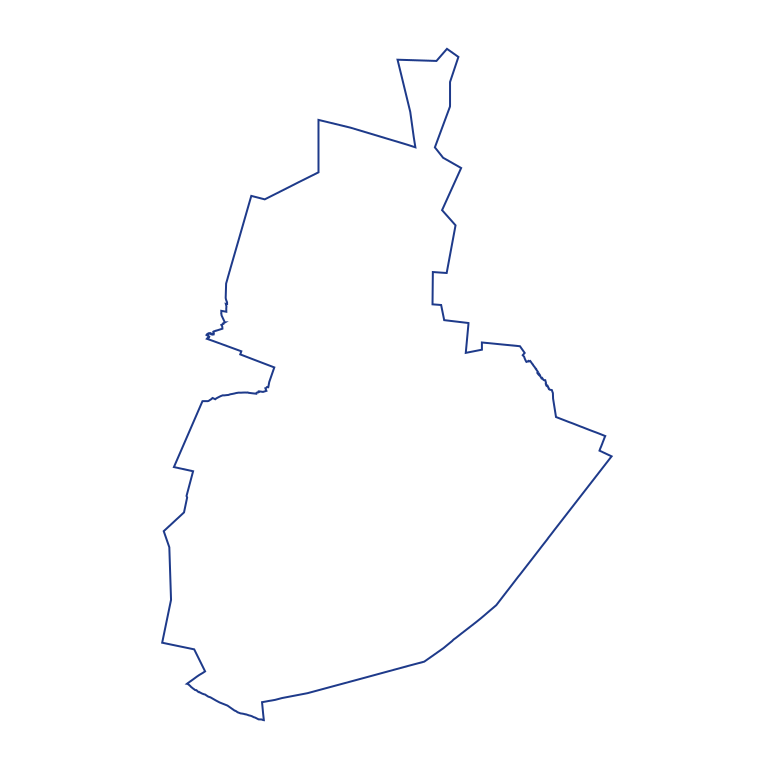 Villa de Ramos, San Luis Potosí, Mexico (Mercator projection), rotated 269°
{"feature_id": "50627088B71687106347178", "entity_name": "Villa de Ramos", "entity_type": "district", "adm_level": 2, "iso_a3": "MEX", "parent_name": "Mexico", "parent_adm1": "San Luis Potosí", "projection": "mercator", "projection_center": [-101.949, 22.904], "detail": "fine", "context": "isolated", "style": "outline", "palette": "blue", "viewbox_px": 768, "rotation_deg": 269, "n_neighbors": 0, "source": "geoboundaries", "source_scale": "gbopen_adm2", "svg_char_len": 5376}
<svg xmlns="http://www.w3.org/2000/svg" viewBox="0 0 768 768"><g transform="rotate(269 384 384)"><path d="M574.4,254.6L566.6,252.2L532.3,241.7L508.9,234.5L502.4,232.5L500.7,232.0L499.9,231.8L499.2,231.5L498.5,231.3L497.4,231.0L493.2,229.7L492.8,229.6L492.1,229.4L487.2,227.9L472.8,227.2L471.2,227.5L469.7,228.0L468.5,228.5L466.8,228.5L467.0,227.2L465.4,227.6L464.1,227.8L462.2,227.6L460.6,227.6L459.0,227.6L460.0,222.6L458.2,222.6L457.5,222.6L457.4,222.5L456.3,222.7L455.5,222.8L455.4,222.8L449.8,225.3L448.4,225.7L448.4,226.1L447.9,225.2L447.4,224.2L446.9,224.4L446.4,223.4L445.9,222.4L445.2,222.8L445.1,223.0L444.2,223.3L442.7,223.4L442.1,223.4L441.6,221.7L440.7,218.7L440.2,217.1L440.3,217.0L439.7,215.4L439.7,215.1L439.3,214.3L438.7,214.5L438.3,214.5L438.2,214.6L437.8,214.6L437.4,214.7L437.3,214.2L436.6,214.3L436.6,214.2L436.5,213.8L436.4,213.7L436.4,213.3L436.8,213.3L437.3,213.2L437.3,212.9L436.8,212.9L436.8,212.4L436.8,212.1L437.3,212.1L437.3,211.5L437.5,211.4L437.5,210.8L437.9,210.9L437.9,210.4L437.8,209.5L437.0,208.1L436.1,207.4L435.8,207.9L436.3,208.5L435.9,209.2L434.9,209.1L434.3,210.1L433.6,209.8L433.1,208.4L432.3,207.7L430.0,213.9L419.2,241.9L416.1,240.8L410.0,255.9L402.5,274.6L388.0,269.3L384.1,268.5L382.8,268.2L383.0,267.0L382.9,266.9L382.3,266.2L381.6,265.5L381.6,265.4L379.2,266.3L378.3,263.2L378.2,262.9L378.8,259.2L378.4,259.1L378.6,258.4L377.8,258.1L377.7,257.0L377.4,256.4L376.5,256.2L377.0,252.4L377.2,250.9L377.6,248.2L377.9,247.7L377.8,246.5L377.9,246.0L377.9,244.8L377.9,243.7L377.8,240.4L377.9,238.3L377.7,237.3L377.6,236.2L377.4,235.5L377.1,234.2L376.8,232.6L376.6,231.4L376.4,230.1L376.1,229.2L375.8,228.4L375.6,226.0L375.4,223.9L375.5,222.6L374.7,220.4L373.2,217.3L372.5,216.0L371.7,215.0L373.0,212.4L372.5,211.7L372.4,211.7L372.1,211.3L372.0,211.2L371.8,211.0L371.4,210.3L371.0,209.6L370.5,208.9L370.1,208.2L369.9,207.0L370.0,205.8L370.0,205.3L370.0,204.5L370.0,203.7L370.0,202.9L370.0,202.2L335.2,186.4L304.6,172.5L300.1,191.6L275.5,184.6L274.0,185.2L259.1,181.8L240.7,161.2L224.5,166.5L171.9,167.3L129.2,157.7L126.3,170.5L122.0,189.6L99.8,200.1L98.2,197.6L96.4,194.4L94.7,191.8L92.5,188.7L92.0,188.0L88.3,182.6L87.7,181.8L87.6,182.3L87.2,182.9L87.0,183.3L86.8,183.5L86.5,183.9L86.0,184.3L85.6,184.9L85.1,185.3L84.5,185.8L83.7,186.8L83.0,187.6L82.5,188.3L82.1,188.8L82.0,189.0L81.6,189.4L81.3,189.9L81.2,190.1L81.2,190.5L81.2,191.0L80.7,191.6L80.5,191.8L80.1,192.1L79.8,192.4L79.1,193.6L79.3,193.8L79.0,194.3L78.7,194.8L78.2,195.7L77.8,196.5L77.5,197.0L77.3,197.7L77.0,198.3L76.9,198.8L76.7,199.4L76.5,200.0L75.9,200.7L75.6,201.2L75.3,201.6L75.0,202.1L74.7,202.5L74.5,202.8L74.1,203.9L74.0,204.1L73.8,204.9L70.5,210.4L68.5,214.0L65.2,221.9L60.0,229.0L59.9,229.6L59.5,230.2L59.3,230.7L59.2,230.8L58.7,231.4L58.5,231.6L58.3,231.9L58.3,232.0L58.1,232.6L57.6,233.7L57.1,235.1L57.0,236.1L56.7,237.6L56.6,238.1L56.3,239.0L56.1,239.6L56.2,240.0L55.9,240.8L55.6,241.7L55.3,242.5L55.2,242.6L54.8,244.1L54.7,244.4L54.7,244.6L54.5,245.2L54.1,246.1L53.9,246.7L53.6,247.1L53.3,247.6L53.2,247.7L53.1,248.2L53.0,248.5L52.9,248.9L52.2,250.3L52.0,250.7L51.8,251.0L51.4,251.8L51.0,252.5L50.9,252.6L50.9,252.9L50.8,253.9L50.8,254.7L50.7,255.3L50.7,255.5L50.7,255.8L50.4,256.6L50.3,256.8L50.2,257.1L50.1,257.3L50.0,258.0L56.4,257.4L57.7,257.3L68.0,256.5L68.7,261.0L69.1,263.2L69.5,266.1L70.1,269.7L71.1,273.8L71.5,275.4L71.8,276.7L76.2,302.1L90.6,359.4L101.8,403.6L105.7,419.4L118.9,438.9L121.7,442.4L125.8,447.6L127.1,448.9L127.5,449.4L128.8,451.3L133.2,457.1L139.7,465.8L144.8,472.6L148.0,476.7L149.3,478.3L150.1,479.3L155.5,485.8L160.9,492.4L170.3,499.9L171.0,500.5L171.6,500.9L172.5,501.7L173.3,502.3L179.9,507.6L189.2,515.0L190.7,516.3L211.6,533.1L219.0,539.0L226.4,545.0L226.5,545.0L227.8,546.0L231.0,548.6L234.8,551.6L306.0,608.9L307.7,610.3L313.6,598.3L314.7,598.7L316.2,599.3L317.7,600.0L319.2,600.6L320.6,601.2L322.2,601.8L323.6,602.4L325.1,603.0L326.6,603.6L328.1,604.3L329.4,601.2L330.7,598.1L331.8,595.4L333.0,592.3L334.2,589.3L336.0,584.9L337.3,581.8L338.1,579.7L339.9,575.4L341.1,572.5L341.9,570.5L342.3,569.4L342.8,568.1L344.0,565.2L345.3,562.0L346.2,559.8L348.0,555.4L366.5,552.8L372.0,552.7L373.4,552.2L374.4,551.9L375.0,551.7L375.5,549.5L376.0,548.8L377.0,548.4L377.0,548.6L378.3,548.0L379.3,547.5L379.1,547.3L378.9,547.1L379.4,546.4L379.7,546.2L380.7,546.0L380.9,546.1L381.3,545.8L381.4,545.7L382.0,545.8L382.2,546.0L385.0,545.3L385.0,544.1L385.6,543.3L386.3,542.8L386.6,542.7L387.3,542.2L386.9,541.6L388.5,540.7L389.0,540.4L389.7,539.7L390.1,540.1L391.5,539.2L391.0,538.5L391.4,538.2L392.4,537.5L392.6,537.5L393.1,537.7L393.4,538.1L394.2,537.6L396.2,536.2L396.4,536.4L396.6,536.3L397.1,535.7L397.5,535.4L398.2,535.0L398.3,534.9L400.3,533.4L400.6,533.4L401.1,533.1L401.2,532.9L401.5,532.6L403.2,531.5L404.5,530.6L404.0,529.4L404.6,529.0L403.7,527.2L403.6,526.8L404.6,526.2L407.1,525.1L408.8,524.6L410.4,523.2L412.6,525.2L419.4,520.6L423.8,482.6L416.6,482.5L413.7,466.3L442.7,469.5L443.5,469.5L446.8,445.3L462.0,442.5L462.8,433.9L495.1,434.8L494.3,443.7L493.9,448.6L541.4,458.3L556.8,445.1L598.6,464.9L609.2,447.0L610.7,445.9L619.7,439.0L660.2,454.8L662.1,454.9L684.8,455.3L709.7,464.1L718.0,452.8L706.1,442.1L708.0,403.2L693.0,406.6L655.6,415.0L630.0,418.1L620.1,419.5L622.9,411.3L629.5,390.6L640.9,354.9L649.2,323.1L596.8,322.2L587.5,302.7L585.5,298.6L570.7,268.0L574.4,254.6Z" fill="none" stroke="#1e3a8a" stroke-width="2"/></g></svg>